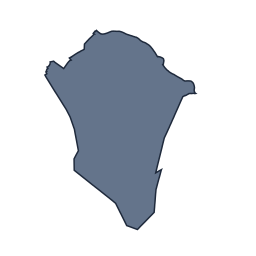 the district of Peel en Maas, Limburg, Netherlands, rotated 260°
{"feature_id": "6326949B67836908957420", "entity_name": "Peel en Maas", "entity_type": "district", "adm_level": 2, "iso_a3": "NLD", "parent_name": "Netherlands", "parent_adm1": "Limburg", "projection": "orthographic", "projection_center": [6.017, 51.331], "detail": "fine", "context": "isolated", "style": "filled", "palette": "slate", "viewbox_px": 256, "rotation_deg": 260, "n_neighbors": 0, "source": "geoboundaries", "source_scale": "gbopen_adm2", "svg_char_len": 4978}
<svg xmlns="http://www.w3.org/2000/svg" viewBox="0 0 256 256"><g transform="rotate(260 128 128)"><path d="M32.1,109.8L31.0,111.8L26.4,119.7L27.0,120.5L27.2,120.8L29.3,123.6L30.4,125.2L30.5,125.3L30.6,125.5L30.9,125.9L33.1,129.0L35.2,131.9L36.0,133.0L36.3,133.4L38.7,136.8L40.4,139.1L41.3,139.3L41.5,139.4L43.1,139.8L45.3,140.4L48.2,141.1L49.2,141.4L50.7,141.8L56.6,143.3L57.5,143.5L58.1,143.7L58.3,143.7L58.5,143.8L59.0,143.9L59.6,144.1L62.6,144.9L64.0,145.6L64.4,145.8L64.7,145.9L67.3,147.1L68.4,147.6L73.3,149.9L73.4,150.0L74.0,150.3L76.8,151.6L80.7,153.4L81.2,153.7L80.4,151.3L79.2,148.1L79.0,147.5L87.3,151.1L90.2,152.4L103.7,158.4L103.8,158.4L111.9,162.0L117.3,165.8L120.1,167.7L121.5,168.7L122.8,169.5L125.5,171.4L128.7,173.5L128.8,173.6L130.8,175.0L132.1,175.8L139.8,181.0L144.0,183.8L149.3,187.4L149.4,187.5L149.7,188.5L149.9,189.2L149.9,189.3L149.9,189.5L150.0,189.6L149.9,189.7L150.0,189.9L150.0,190.2L150.1,190.7L150.2,191.0L150.3,191.4L150.4,191.6L150.7,192.4L150.8,192.9L150.9,193.1L151.0,193.3L151.2,193.7L151.2,193.9L151.3,194.0L151.3,194.3L151.2,194.8L151.2,195.1L151.2,195.3L151.1,195.6L151.1,195.9L151.0,196.0L150.9,196.3L150.9,196.5L150.9,197.0L150.8,197.6L150.8,197.8L150.8,198.3L150.8,198.6L150.7,198.8L150.6,199.0L150.4,199.5L150.3,199.8L150.3,200.2L150.3,200.6L150.5,200.4L150.8,200.2L151.3,200.0L152.0,199.8L152.4,199.7L152.8,199.7L153.5,199.7L153.9,199.7L154.1,199.8L154.6,200.0L155.2,200.1L155.5,200.3L155.9,200.4L156.6,200.5L157.1,200.5L157.5,200.5L158.0,200.5L159.1,200.4L159.5,200.3L160.2,200.2L160.8,200.0L161.0,199.9L161.5,199.7L162.6,198.8L162.8,198.7L163.3,198.0L163.5,197.4L163.7,196.6L163.9,195.8L164.1,194.8L164.3,192.8L164.4,192.2L164.9,191.4L165.4,190.8L166.0,190.3L166.8,189.6L167.5,188.8L168.4,187.6L168.9,187.0L169.6,186.1L170.0,185.6L170.5,185.0L171.5,183.9L171.8,183.5L172.7,182.6L172.9,182.3L173.6,181.2L173.8,180.9L174.2,180.5L175.1,179.4L175.6,178.9L176.0,178.4L177.3,177.5L177.8,176.9L178.9,176.1L180.5,175.1L181.3,174.6L182.2,174.2L182.4,174.1L184.4,173.2L184.7,173.9L184.9,174.0L185.1,173.9L185.5,174.1L185.9,174.2L186.2,174.4L186.8,174.6L187.1,174.7L187.4,174.8L187.8,175.0L188.0,174.9L188.2,175.0L188.5,175.0L188.9,175.0L189.4,175.0L189.7,175.0L189.9,174.9L190.2,174.8L190.4,174.6L190.8,174.2L191.2,173.8L191.3,173.6L191.6,173.2L191.8,172.9L192.0,172.6L192.4,171.9L192.5,171.8L192.5,171.6L192.6,171.4L192.7,171.2L192.8,170.8L192.8,170.7L192.9,170.4L193.0,170.3L193.2,170.1L193.1,169.4L197.8,167.6L199.8,166.6L200.3,166.4L202.0,165.6L202.6,165.2L203.6,164.7L205.0,163.8L205.8,163.2L207.0,162.0L208.0,160.8L208.3,160.6L209.2,159.4L209.6,158.7L209.8,158.3L210.3,157.4L210.7,157.0L211.2,156.4L211.5,156.0L212.4,155.2L213.7,154.3L214.8,153.3L215.2,152.8L215.9,152.0L216.3,150.9L216.8,150.2L217.0,149.6L217.3,149.1L217.5,148.7L218.0,147.9L218.3,147.3L218.5,146.8L219.1,145.7L219.9,144.2L220.2,143.6L220.8,142.6L221.3,141.9L221.4,141.7L221.8,141.3L222.3,140.6L223.0,139.6L223.5,138.8L224.1,137.7L224.7,136.4L225.2,133.5L225.6,131.9L225.9,130.5L226.0,129.7L226.0,129.3L226.1,129.1L226.1,128.9L225.9,127.7L225.7,126.6L225.4,125.3L225.2,124.5L225.2,124.4L225.1,124.1L225.1,123.9L225.0,122.9L224.9,122.6L224.9,122.0L224.8,121.7L224.8,121.4L224.8,120.4L224.9,119.7L224.9,119.3L224.9,118.9L225.0,118.7L225.3,118.0L225.4,117.9L225.5,117.5L226.5,116.5L227.4,115.6L228.6,114.6L229.6,113.9L228.7,112.7L229.1,112.4L228.4,111.6L228.0,111.1L227.2,110.2L227.1,110.3L226.4,111.0L226.4,110.9L225.6,109.9L225.2,109.4L223.9,107.5L223.1,106.2L222.6,105.5L222.0,104.6L221.3,103.8L221.0,103.3L220.7,103.0L220.7,102.9L220.4,102.5L220.1,102.1L219.8,101.8L219.0,100.7L218.3,99.8L218.2,99.7L217.4,99.5L214.6,98.9L213.1,98.5L212.5,96.8L212.3,96.1L212.2,95.5L211.8,94.4L211.7,94.4L211.3,93.2L211.0,92.3L211.1,92.2L210.9,91.9L210.9,91.7L210.7,91.3L209.8,89.0L208.9,87.0L208.3,85.6L208.2,85.5L207.9,85.1L207.7,84.6L207.9,84.5L207.7,84.1L207.1,82.4L204.7,83.8L204.5,82.4L203.7,81.2L202.3,79.6L197.7,75.0L205.5,67.3L206.7,66.4L206.6,63.6L206.6,63.3L206.6,62.8L206.4,62.8L206.0,62.8L205.9,62.8L205.6,62.7L204.9,62.4L204.6,62.3L204.4,62.2L204.1,62.0L203.9,61.8L203.7,61.6L203.3,61.3L203.2,61.3L203.2,61.2L203.0,60.9L202.8,60.8L202.7,60.6L202.6,60.4L202.4,60.1L202.3,59.9L202.2,59.7L202.1,59.4L202.0,59.1L202.0,58.9L201.7,59.0L200.4,59.4L200.0,58.4L199.9,58.4L199.7,58.3L199.6,58.2L199.3,58.0L199.2,57.9L198.9,57.7L198.7,57.7L198.4,57.6L198.2,57.6L197.8,57.5L197.7,57.6L197.5,56.9L196.3,57.2L196.0,57.4L195.5,57.5L195.3,57.1L195.1,56.6L194.9,56.2L194.7,55.8L194.6,55.4L192.5,56.1L176.8,62.3L173.3,63.8L171.8,64.4L163.4,67.8L162.6,68.1L159.0,69.6L156.7,70.5L155.7,70.8L149.0,72.9L148.3,73.0L147.9,73.1L138.5,74.6L137.7,74.7L136.9,74.9L136.5,75.0L136.0,75.0L133.2,75.0L132.9,75.0L132.2,75.0L125.2,75.1L114.2,75.2L110.6,72.3L107.6,70.0L106.9,69.5L95.7,67.7L77.7,83.6L70.5,90.1L70.1,90.4L67.4,92.8L59.0,100.2L57.2,101.7L57.1,101.8L56.6,102.2L56.1,102.7L54.5,103.2L48.4,105.0L46.6,105.5L45.1,106.0L32.1,109.8Z" fill="#64748b" stroke="#1e293b" stroke-width="1.5"/></g></svg>